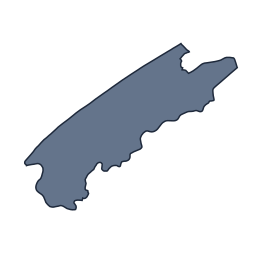 Phu Vang, Thừa Thiên - Huế, Vietnam (Robinson projection), rotated 283°
{"feature_id": "81297802B31894177777214", "entity_name": "Phu Vang", "entity_type": "district", "adm_level": 2, "iso_a3": "VNM", "parent_name": "Vietnam", "parent_adm1": "Thừa Thiên - Huế", "projection": "robinson", "projection_center": [107.696, 16.453], "detail": "fine", "context": "isolated", "style": "filled", "palette": "slate", "viewbox_px": 256, "rotation_deg": 283, "n_neighbors": 0, "source": "geoboundaries", "source_scale": "gbopen_adm2", "svg_char_len": 5133}
<svg xmlns="http://www.w3.org/2000/svg" viewBox="0 0 256 256"><g transform="rotate(283 128 128)"><path d="M55.9,104.0L56.1,103.6L56.3,103.4L56.6,103.3L57.1,103.3L57.5,103.2L57.8,103.0L58.0,102.7L57.9,102.3L57.9,101.7L58.0,101.1L58.3,100.7L58.7,100.2L58.9,99.9L59.0,99.9L59.8,99.8L60.4,99.6L61.1,99.6L62.2,99.6L62.8,99.6L63.9,99.6L64.4,99.6L64.9,99.4L65.4,99.1L66.0,98.7L67.1,98.3L67.7,98.0L68.0,97.9L68.4,97.9L69.1,98.1L70.4,98.4L70.5,98.5L71.9,98.8L72.8,99.1L73.7,99.4L74.2,99.7L75.1,100.3L76.8,101.6L77.4,101.9L78.0,102.4L79.1,103.2L79.8,103.9L80.8,104.1L81.8,104.3L83.0,104.6L84.6,105.3L85.5,105.5L86.0,105.7L86.3,105.9L87.1,106.5L87.7,107.2L88.0,107.8L88.2,108.4L88.2,109.1L88.1,109.6L87.7,110.2L87.4,110.7L87.2,110.8L86.9,111.0L85.5,111.2L84.0,111.4L82.7,111.5L82.4,111.6L82.0,111.8L81.6,112.2L81.2,112.9L80.9,113.4L80.7,114.1L80.7,114.5L81.1,116.1L81.3,117.1L81.6,117.5L81.9,117.7L82.7,118.0L83.6,118.4L84.3,118.7L85.8,119.7L86.6,120.2L87.1,120.7L87.5,121.3L88.0,122.1L88.4,123.1L88.8,124.6L88.9,125.6L88.8,126.2L88.5,126.8L88.4,127.1L88.4,127.8L88.4,128.2L88.6,128.6L88.9,128.9L89.3,129.1L90.4,129.1L91.7,129.1L92.3,129.2L92.7,129.3L93.1,129.4L93.4,129.5L93.7,129.6L93.9,129.9L94.1,130.3L94.5,131.1L94.9,132.1L95.1,132.9L95.3,133.5L95.8,134.3L96.3,135.0L96.7,135.4L97.0,135.7L97.4,135.9L97.5,136.0L98.2,136.3L99.2,136.5L99.6,136.5L100.5,136.4L101.8,136.1L102.4,136.0L103.0,136.0L103.4,136.1L103.9,136.4L104.7,137.4L106.1,138.9L108.6,142.4L110.1,144.5L111.3,145.4L112.2,145.8L112.8,145.8L114.2,145.2L115.7,144.3L119.2,142.8L120.2,142.4L121.7,142.4L123.9,142.8L125.0,143.3L126.7,144.1L128.8,145.9L129.4,147.1L129.5,147.8L129.5,148.0L129.4,150.3L129.5,151.6L129.9,153.0L130.7,154.4L131.4,155.2L132.3,156.1L133.6,157.0L137.3,158.7L139.7,159.8L141.1,160.7L142.9,162.5L143.5,163.4L144.1,165.0L144.7,168.0L144.9,169.1L145.3,171.0L145.9,172.5L146.7,173.6L147.0,173.9L148.0,174.6L149.1,175.0L151.5,175.7L152.9,176.7L154.8,179.1L156.3,181.1L157.1,182.2L157.7,183.4L158.5,186.3L159.0,187.7L160.1,189.7L160.4,190.7L160.4,191.4L160.2,193.1L160.1,194.1L160.2,194.8L160.6,195.8L161.4,196.6L162.9,196.9L164.7,197.0L165.9,197.2L166.5,197.5L167.1,197.8L168.2,198.5L169.5,199.7L170.1,200.4L170.8,200.9L171.1,201.0L171.7,201.1L172.3,201.3L172.5,201.5L172.7,201.8L173.2,203.4L173.9,204.9L174.1,205.3L174.3,205.4L174.6,205.5L174.8,205.5L176.1,205.0L178.7,203.8L180.4,203.2L182.9,202.4L183.8,202.2L184.5,202.1L185.1,202.2L186.0,202.5L186.7,202.9L187.6,203.5L190.0,205.2L191.2,206.1L195.4,209.2L199.7,212.3L204.0,215.4L208.3,218.6L211.4,220.9L212.5,220.2L215.5,218.5L218.6,216.6L219.1,216.2L219.6,215.7L219.8,215.4L219.9,215.2L220.0,215.0L219.9,213.9L219.7,211.4L219.3,209.6L219.0,208.3L218.5,207.3L218.1,206.6L216.1,204.3L215.1,203.2L214.6,202.4L213.9,201.1L212.9,199.1L212.2,197.6L210.0,192.1L209.1,189.8L208.5,188.1L207.8,186.9L207.1,185.9L206.1,185.0L205.6,184.6L204.2,183.5L201.6,181.5L198.5,178.8L197.8,178.1L197.1,177.3L196.6,176.8L194.9,174.7L196.7,171.9L197.1,171.4L197.1,171.2L197.2,170.5L197.1,169.0L196.9,167.6L199.0,167.7L199.1,166.8L199.2,166.3L199.6,165.9L200.4,165.4L202.3,164.9L203.4,164.8L204.1,164.9L204.9,165.1L205.2,165.2L205.6,165.0L206.3,164.4L207.1,163.2L207.5,163.5L208.4,163.8L209.2,164.2L210.2,164.7L212.1,165.8L212.9,166.2L213.4,166.7L214.1,167.8L214.5,168.3L214.9,168.8L215.2,169.4L215.4,169.9L215.7,170.2L216.0,170.6L216.3,170.4L216.4,170.2L216.6,169.8L216.8,169.3L217.3,168.0L217.8,167.1L218.3,166.4L219.1,165.2L220.4,163.2L221.3,161.6L221.9,160.9L222.2,160.6L220.8,159.3L218.3,156.7L215.7,153.9L214.0,152.3L211.1,149.2L210.0,148.1L204.9,142.8L199.8,137.6L192.2,129.7L188.1,125.7L187.7,125.4L181.2,119.1L173.6,111.9L165.2,104.4L164.1,103.4L159.8,99.7L156.2,96.4L149.0,90.0L143.5,85.5L140.1,82.4L135.0,77.5L130.8,73.9L127.9,71.7L122.8,67.7L117.6,63.3L116.5,62.4L113.1,59.7L111.2,58.5L104.8,54.1L104.0,53.5L103.1,52.8L100.8,51.2L99.7,50.4L98.9,49.7L98.3,49.3L97.8,48.8L97.0,48.4L96.5,48.0L96.2,47.9L94.6,46.9L90.2,44.5L89.5,43.9L88.6,43.4L88.1,43.1L87.1,42.5L86.9,42.4L83.7,41.1L79.8,39.1L73.0,35.4L72.1,35.1L71.3,35.1L70.3,35.4L69.6,36.2L69.2,37.1L68.5,37.5L69.3,38.9L70.2,41.0L71.0,42.9L71.5,44.3L72.4,46.3L73.0,47.8L73.1,48.5L73.1,49.4L72.9,50.4L72.6,51.1L72.1,52.0L71.1,53.0L70.3,53.8L69.3,54.3L67.8,54.7L67.4,54.8L66.1,54.9L64.5,54.8L64.2,54.8L61.3,54.7L60.4,54.5L59.5,54.4L58.6,54.0L57.9,53.5L56.7,52.6L55.7,52.2L54.8,51.9L53.5,51.6L51.8,51.4L50.5,51.4L48.9,51.7L47.2,52.6L46.0,53.9L45.0,55.8L44.9,56.2L44.4,57.3L44.1,58.1L43.7,59.1L43.0,60.1L42.0,61.3L41.0,62.0L38.9,63.5L37.1,64.7L36.2,65.8L35.2,67.2L34.1,69.2L34.0,69.4L34.0,69.6L33.9,69.8L33.9,71.1L33.9,71.9L34.3,73.5L35.0,74.9L36.2,77.7L37.2,79.5L37.4,80.5L37.3,82.0L36.9,83.5L35.8,86.7L35.6,90.2L35.8,92.2L36.4,94.4L36.8,95.2L37.0,95.2L37.4,95.3L38.1,95.4L39.3,95.3L40.6,94.7L41.7,93.5L42.4,92.8L42.7,92.3L43.3,92.1L43.5,92.1L43.9,92.1L45.0,92.4L45.8,93.5L46.4,95.0L46.9,97.7L47.1,99.6L49.5,99.7L49.4,100.0L49.4,100.4L49.4,100.9L49.5,101.2L49.7,101.7L49.9,102.0L50.1,102.3L50.9,103.0L51.6,103.4L52.5,103.7L53.4,103.9L53.9,104.1L54.6,104.2L55.0,104.3L55.3,104.3L55.4,104.2L55.5,104.1L55.9,104.0Z" fill="#64748b" stroke="#1e293b" stroke-width="1.5"/></g></svg>